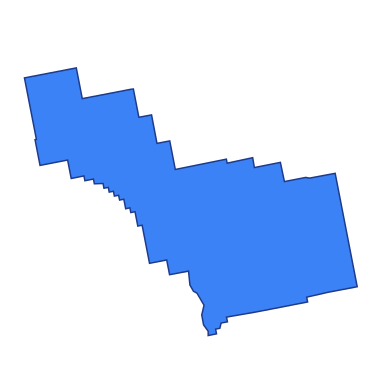 Stillwater, Montana, United States of America, rotated 79°
{"feature_id": "52423323B1446869819643", "entity_name": "Stillwater", "entity_type": "district", "adm_level": 2, "iso_a3": "USA", "parent_name": "United States of America", "parent_adm1": "Montana", "projection": "natural_earth1", "projection_center": [-109.384, 45.65], "detail": "fine", "context": "isolated", "style": "filled", "palette": "blue", "viewbox_px": 384, "rotation_deg": 79, "n_neighbors": 0, "source": "geoboundaries", "source_scale": "gbopen_adm2", "svg_char_len": 960}
<svg xmlns="http://www.w3.org/2000/svg" viewBox="0 0 384 384"><g transform="rotate(79 192 192)"><path d="M110.7,336.1L136.9,336.1L136.9,308.0L155.7,308.0L155.6,295.0L160.5,295.0L160.5,286.3L165.3,286.3L166.7,277.7L171.5,277.7L171.5,273.3L176.3,273.3L176.3,269.0L181.2,269.0L181.2,264.7L186.1,264.6L186.1,260.3L195.8,260.3L195.7,256.0L200.5,256.0L200.5,251.7L215.1,251.7L215.1,247.3L253.9,247.3L253.9,229.8L268.9,229.8L269.0,210.5L282.9,211.8L289.7,209.5L292.3,206.4L305.4,201.8L314.6,205.9L324.6,206.0L331.8,202.7L336.0,203.5L335.9,195.0L331.1,195.0L331.1,190.7L326.2,188.4L326.2,182.0L321.4,182.0L322.0,151.7L322.0,99.5L317.1,99.5L316.4,77.8L316.5,47.9L201.0,47.9L200.8,74.0L199.4,77.5L199.4,99.3L179.8,99.6L179.9,126.1L169.9,125.9L170.4,152.0L166.3,152.0L166.7,204.1L137.6,204.1L137.6,217.1L108.6,217.0L108.5,229.9L79.7,229.9L79.5,232.3L79.4,281.9L48.1,281.9L48.0,334.7L110.7,334.7L110.7,336.1Z" fill="#3b82f6" stroke="#1e3a8a" stroke-width="1.5"/></g></svg>